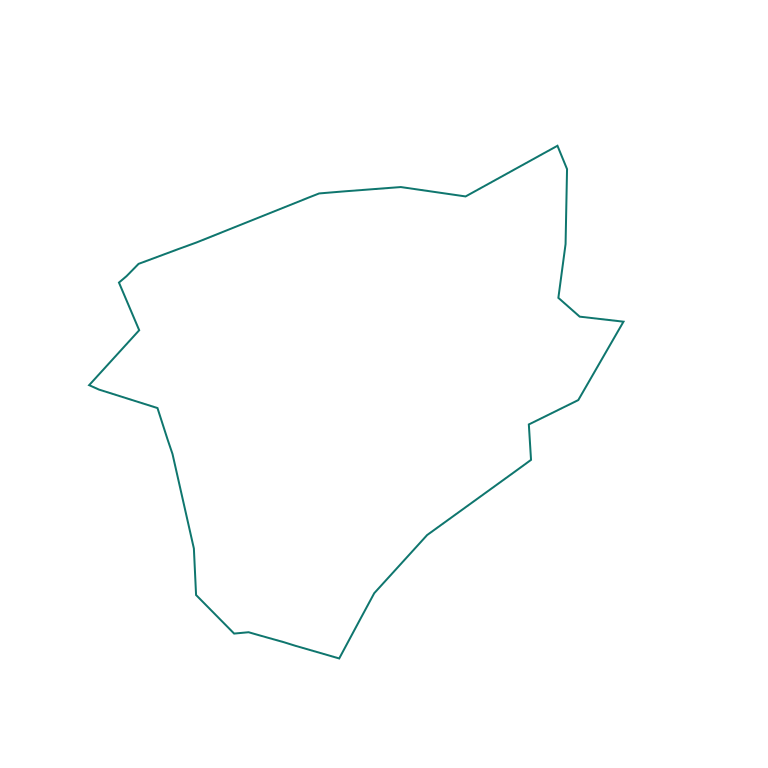 Alegrete do Piauí, Piauí, Brazil, rotated 332°
{"feature_id": "56859067B12865581171560", "entity_name": "Alegrete do Piauí", "entity_type": "district", "adm_level": 2, "iso_a3": "BRA", "parent_name": "Brazil", "parent_adm1": "Piauí", "projection": "orthographic", "projection_center": [-40.802, -7.206], "detail": "fine", "context": "isolated", "style": "outline", "palette": "teal", "viewbox_px": 768, "rotation_deg": 332, "n_neighbors": 0, "source": "geoboundaries", "source_scale": "gbopen_adm2", "svg_char_len": 646}
<svg xmlns="http://www.w3.org/2000/svg" viewBox="0 0 768 768"><g transform="rotate(332 384 384)"><path d="M649.0,255.1L633.5,255.3L544.1,256.7L491.3,218.0L439.7,195.4L416.2,185.3L404.1,183.9L284.8,171.0L265.7,168.3L223.7,162.7L207.3,167.9L197.6,170.0L193.1,221.6L123.1,246.6L129.7,255.1L172.7,298.9L166.9,331.2L164.4,346.5L138.9,440.0L119.0,482.1L134.5,534.0L147.9,539.6L156.6,548.0L165.8,556.8L174.4,565.0L183.0,573.7L215.6,605.3L252.9,580.3L277.2,564.1L351.2,537.6L460.0,522.6L478.2,520.0L492.9,487.7L548.0,489.4L624.7,441.4L588.4,416.4L578.4,389.8L610.0,345.7L646.5,280.2L649.0,255.1Z" fill="none" stroke="#0f766e" stroke-width="2"/></g></svg>